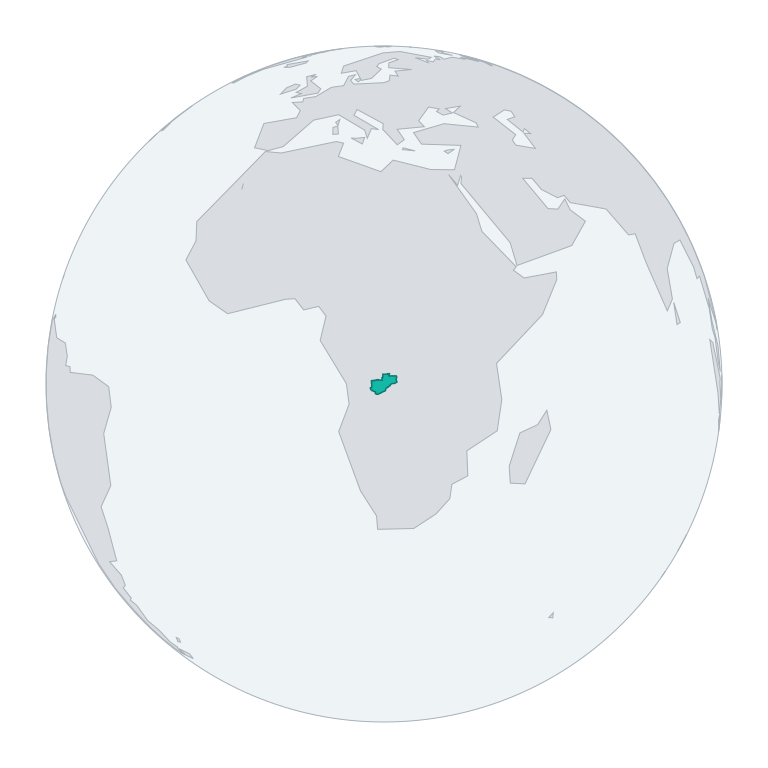 globe centered on Lunda Norte
{"feature_id": "AGO-1874", "entity_name": "Lunda Norte", "entity_type": "Province", "adm_level": 1, "iso_a3": "AGO", "parent_name": "Angola", "parent_adm1": "", "projection": "orthographic", "projection_center": [19.689, -8.666], "detail": "fine", "context": "on_globe", "style": "filled", "palette": "teal", "viewbox_px": 768, "rotation_deg": 0, "n_neighbors": 0, "source": "natural_earth", "source_scale": "10m", "svg_char_len": 8484}
<svg xmlns="http://www.w3.org/2000/svg" viewBox="0 0 768 768"><circle cx="384" cy="384" r="338" fill="#eef3f6" stroke="#a8b0b8"/><path d="M192.2,105.8L188.4,108.6L183.4,112.3L172.3,120.6L192.2,105.8ZM153.7,136.7L156.9,133.7L152.9,137.6L149.0,141.2L153.7,136.7ZM52.4,319.1L52.0,321.0L55.6,314.6L54.3,319.4L56.7,337.7L65.3,343.0L67.3,356.2L65.7,365.6L70.0,366.6L70.2,372.4L92.7,375.1L108.7,386.7L111.2,407.3L103.7,433.5L110.8,485.6L101.1,506.8L108.0,528.0L116.7,560.8L109.6,561.7L121.3,575.1L125.3,585.3L123.3,587.9L131.3,598.2L130.3,600.0L136.9,605.5L147.7,620.6L159.1,630.2L170.2,642.0L177.7,647.3L177.3,647.8L180.2,650.7L184.6,654.1L177.9,650.7L161.8,638.0L153.8,630.4L153.0,630.2L134.6,610.8L138.4,615.4L115.1,588.1L98.8,563.9L66.0,496.8L61.5,484.7L60.4,481.2L53.6,454.8L48.9,427.8L46.5,400.6L46.2,373.3L48.2,346.1L52.4,319.1ZM193.3,658.6L180.5,652.6L185.7,654.9L179.0,648.6L189.6,653.9L193.3,658.6ZM177.9,641.7L176.3,637.5L178.9,638.7L180.6,642.1L177.9,641.7ZM700.6,266.0L701.3,267.9L704.9,278.2L715.8,320.0L717.1,330.1L715.8,322.4L708.1,298.3L712.0,321.2L718.0,345.9L720.3,371.6L718.0,360.6L715.1,337.9L712.3,328.8L709.2,308.3L699.6,276.2L697.0,278.6L693.5,266.8L679.9,240.0L674.0,243.3L667.2,268.5L672.4,299.0L667.3,310.9L646.3,263.1L635.2,233.8L628.6,234.9L606.1,209.0L570.2,202.6L564.1,195.3L557.6,197.7L541.6,189.6L532.0,178.3L522.7,178.3L548.0,208.6L557.9,209.1L564.8,198.9L570.1,209.8L585.4,221.2L571.8,245.5L517.0,265.5L510.2,242.7L460.9,183.5L461.6,177.4L461.3,176.7L460.6,175.5L457.6,185.3L448.6,174.6L476.5,213.8L481.9,231.4L516.3,266.8L513.4,270.2L524.1,278.0L556.3,271.9L556.8,279.6L542.5,314.6L496.5,363.4L501.8,399.6L497.2,430.8L466.8,450.8L467.8,475.8L451.9,484.3L449.8,498.7L436.0,513.9L413.7,528.5L377.6,529.3L376.6,516.0L360.5,490.9L338.7,431.6L349.1,404.2L346.4,383.7L320.2,340.5L326.0,316.0L318.7,306.4L303.7,309.9L295.0,298.7L285.8,299.2L227.6,313.7L209.2,300.9L185.9,259.9L196.0,240.9L196.8,221.6L265.4,151.5L281.2,153.0L336.5,141.5L343.6,143.2L338.4,156.5L380.9,171.7L393.2,160.1L430.5,169.5L454.5,169.8L460.9,145.4L421.5,144.1L413.5,132.6L444.0,123.7L478.2,127.1L476.2,122.9L453.5,112.5L460.3,106.1L445.5,108.6L452.3,112.9L443.2,115.1L436.5,111.5L439.2,109.0L428.6,107.0L418.6,120.8L424.4,126.7L397.2,129.3L404.3,139.7L397.3,144.8L382.7,129.3L383.3,123.7L357.1,109.5L354.0,115.3L378.6,129.6L371.4,128.6L367.3,138.3L364.7,130.2L338.7,114.7L313.5,120.2L283.2,146.6L268.1,150.6L254.6,147.8L263.9,123.5L296.6,117.7L300.3,110.6L292.3,102.5L302.9,101.9L303.6,98.4L315.8,96.6L331.5,87.3L343.7,85.7L348.5,76.4L355.4,74.7L350.6,80.4L353.8,84.1L383.9,82.7L389.3,80.7L390.0,75.1L398.2,76.1L395.0,71.1L411.7,69.5L388.7,67.7L388.9,62.9L398.1,59.6L394.1,58.2L379.0,63.7L376.7,66.5L381.3,69.1L371.5,78.4L361.4,80.4L356.2,70.7L341.3,73.2L343.7,66.0L383.0,52.9L400.1,51.5L431.2,57.3L428.1,59.2L415.3,57.7L428.3,62.7L426.7,60.5L433.5,61.8L435.4,58.9L440.3,59.8L433.8,56.0L440.0,56.8L444.1,59.2L452.2,57.2L464.8,59.3L464.3,58.5L460.2,57.1L478.9,61.6L477.7,60.9L471.1,59.1L464.3,56.8L459.8,55.0L466.5,56.6L469.1,57.4L484.6,62.4L490.3,65.4L492.6,66.0L489.2,63.8L470.3,57.6L465.7,56.2L475.2,58.8L471.4,57.7L471.2,57.6L477.3,59.2L474.6,58.5L498.0,65.9L520.7,75.0L542.7,85.7L563.9,98.0L584.2,111.7L603.4,127.0L621.4,143.5L638.2,161.4L653.7,180.4L667.7,200.4L680.3,221.5L691.3,243.3L700.6,266.0ZM243.4,183.6L241.9,189.2L241.8,189.3L243.4,183.6ZM515.9,145.1L535.4,148.5L524.0,133.2L530.6,133.6L524.3,128.6L523.1,132.1L507.3,119.4L514.8,116.8L511.1,111.2L504.3,109.9L493.2,117.1L515.7,134.7L512.3,140.0L515.9,145.1ZM55.8,314.1L55.8,317.2L54.8,318.2L55.8,314.1ZM64.1,275.2L64.1,275.5L63.0,278.4L64.1,275.2ZM169.4,124.1L162.5,130.7L165.7,127.2L160.8,131.2L161.5,129.7L180.9,114.2L172.0,121.1L169.4,124.1ZM295.5,84.0L300.1,85.2L296.1,89.2L280.6,94.1L286.3,88.0L295.5,84.0ZM307.5,86.2L306.6,76.8L316.1,74.3L310.9,77.1L317.4,76.4L310.7,80.9L320.8,88.8L317.9,93.1L290.9,98.0L301.3,93.6L296.2,92.4L307.5,86.2ZM287.3,66.2L287.0,64.6L308.1,60.9L306.0,63.0L290.4,67.2L283.9,67.4L287.3,66.2ZM342.7,48.6L342.2,48.7L337.0,49.5L332.3,50.2L332.3,50.3L327.9,51.1L326.4,51.7L317.5,53.4L314.8,54.4L312.1,54.7L309.9,56.1L307.6,55.9L301.7,57.7L307.1,57.0L263.1,69.4L246.4,76.4L233.8,82.9L231.5,82.9L241.8,77.5L244.3,76.3L268.0,66.6L292.4,58.7L317.4,52.7L342.7,48.6ZM351.1,138.0L356.4,138.3L364.7,137.4L362.3,144.0L351.1,138.0ZM333.0,127.4L337.8,126.2L338.4,134.1L332.8,134.3L333.0,127.4ZM339.8,119.5L338.0,125.6L335.7,122.4L339.8,119.5ZM355.0,79.5L360.0,78.5L360.7,79.8L358.2,81.9L355.0,79.5ZM380.5,47.1L376.4,46.9L377.7,46.8L374.2,46.3L381.3,46.2L386.1,46.4L380.5,47.1ZM454.5,149.2L448.0,153.6L444.2,151.2L447.2,150.1L454.5,149.2ZM403.2,147.8L415.2,150.9L402.4,149.6L403.2,147.8ZM387.6,46.9L385.3,46.6L390.2,46.7L387.6,46.9ZM386.2,46.1L391.8,46.2L381.7,46.1L386.2,46.1ZM553.2,612.7L552.8,617.9L548.8,617.5L553.2,612.7ZM550.9,429.5L525.0,483.9L510.3,483.1L509.2,466.2L519.9,432.9L537.6,424.7L546.8,410.3L550.9,429.5ZM718.6,431.6L718.7,427.9L718.6,420.0L719.5,415.1L719.7,422.4L718.6,431.6ZM719.4,414.6L718.0,393.0L709.8,339.5L712.9,342.7L720.2,378.2L719.9,382.6L720.8,398.7L719.4,414.6ZM721.6,399.2L721.9,380.9L721.8,374.8L721.6,399.2ZM673.7,302.3L680.3,322.5L677.0,324.5L673.7,302.3ZM444.2,51.5L441.3,51.7L443.8,53.1L452.5,55.4L438.9,52.9L435.1,50.6L444.2,51.5ZM411.7,47.2L411.4,47.2L409.2,47.0L411.7,47.2ZM661.3,577.1L662.3,575.7L665.3,571.2L661.3,577.1ZM677.5,551.5L686.8,534.0L686.2,535.2L677.5,551.5Z" fill="#d9dde1" stroke="#a8b0b8" stroke-width="1"/><path d="M389.4,373.7L389.3,374.0L389.1,374.5L388.9,375.0L388.9,375.3L388.9,375.6L388.9,375.9L389.1,375.9L389.6,375.9L390.0,375.9L390.4,375.9L390.8,375.9L391.3,375.9L391.7,375.9L392.1,375.9L392.5,375.9L393.0,375.9L393.4,375.9L393.8,375.9L394.2,375.9L394.7,375.9L395.1,375.9L395.5,375.9L395.9,375.9L396.1,375.9L396.3,375.9L396.4,376.0L396.5,376.3L396.5,376.5L396.7,376.8L396.7,377.0L396.6,377.3L396.7,377.7L396.6,377.8L396.5,378.0L396.4,378.3L396.3,378.5L396.2,378.9L396.2,379.0L396.2,379.4L396.1,379.5L396.1,380.1L396.3,380.3L396.4,380.6L396.5,380.8L396.6,381.0L396.7,381.4L396.7,381.7L396.8,381.8L397.0,381.9L397.0,382.0L396.6,382.3L396.4,382.5L395.8,382.7L395.5,382.8L395.3,382.9L395.1,383.0L394.9,383.3L394.1,383.5L393.7,383.5L393.4,383.4L393.2,383.4L392.8,383.5L392.7,383.5L392.2,383.6L391.8,383.7L391.7,383.7L391.5,383.8L391.3,384.0L391.1,384.2L390.7,384.5L390.4,384.8L390.2,385.1L390.2,385.3L390.1,385.6L389.9,385.9L389.6,386.0L389.2,386.2L388.3,386.6L388.2,386.6L388.1,386.9L388.0,387.1L388.0,387.3L387.8,387.4L387.7,387.5L387.3,387.5L387.2,387.6L386.9,387.7L386.0,388.5L385.9,388.6L385.7,388.9L385.6,390.1L385.5,390.4L385.3,390.7L385.0,390.9L384.6,391.2L383.8,391.4L383.6,391.6L383.3,391.7L382.7,391.8L382.3,392.1L382.0,392.3L381.6,392.5L381.4,392.5L381.0,392.9L380.8,393.0L380.7,393.1L380.3,393.2L379.7,393.3L379.4,393.4L379.2,393.5L379.0,393.8L378.8,393.9L378.3,394.2L377.9,394.3L376.8,394.2L376.8,394.3L376.7,394.3L376.4,394.2L375.8,393.8L375.5,393.6L375.4,393.4L375.2,393.1L375.3,392.7L375.5,392.5L375.6,392.3L375.7,392.2L375.6,391.9L373.1,391.0L372.5,390.8L372.4,390.7L372.1,390.7L372.0,390.4L371.8,390.1L371.7,390.1L371.4,390.0L371.3,389.9L371.2,389.9L371.1,389.7L370.8,389.5L370.8,389.4L370.8,389.2L370.7,389.1L370.6,388.8L370.5,388.7L370.3,388.2L370.3,387.9L370.5,387.7L371.4,387.4L371.5,387.4L371.6,387.2L371.8,386.7L371.7,385.9L371.6,385.7L371.7,385.4L371.8,385.0L371.8,384.0L371.7,383.6L371.5,383.3L371.5,383.1L371.4,382.9L371.4,382.7L371.5,382.4L371.7,382.2L371.5,381.8L371.5,381.1L371.4,381.0L371.4,380.9L371.4,380.7L371.5,380.6L371.8,380.7L372.0,380.7L372.5,380.5L372.8,380.6L373.3,380.4L373.6,380.4L373.7,380.5L374.0,380.7L374.7,380.7L374.7,380.4L374.8,380.2L375.2,380.1L375.3,380.1L375.7,380.1L376.0,380.1L376.3,380.2L376.5,380.1L377.0,380.1L377.1,379.8L377.1,379.7L377.6,379.7L378.0,379.7L378.4,379.7L378.5,379.7L378.5,379.9L378.7,380.1L378.9,380.1L379.7,380.1L380.4,380.1L381.1,380.1L381.9,380.1L382.1,380.1L381.9,379.6L381.9,379.3L382.0,379.0L382.1,378.8L382.2,378.5L382.2,378.3L382.2,378.2L382.1,377.9L382.0,377.7L382.5,377.6L382.7,377.2L382.8,377.1L383.0,377.0L383.0,376.8L382.8,376.4L382.8,376.2L382.8,375.1L382.9,374.9L383.1,374.6L383.1,374.4L383.0,374.2L383.3,374.2L383.6,374.2L383.8,374.2L384.1,374.2L384.3,374.2L384.6,374.2L384.8,374.2L385.0,374.2L385.3,374.2L385.5,374.2L385.8,374.2L386.0,374.2L386.3,374.2L386.5,374.2L386.8,374.2L387.0,374.2L387.3,374.2L387.5,374.2L387.6,373.9L387.6,373.7L387.8,373.7L388.1,373.7L388.6,373.7L389.1,373.7L389.4,373.7Z" fill="#14b8a6" stroke="#0f766e" stroke-width="1.5"/></svg>